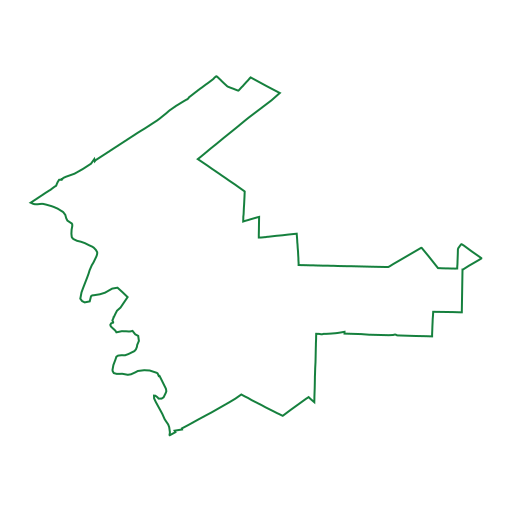 the district of Branesti, Ilfov, Romania
{"feature_id": "2599482B5534804098776", "entity_name": "Branesti", "entity_type": "district", "adm_level": 2, "iso_a3": "ROU", "parent_name": "Romania", "parent_adm1": "Ilfov", "projection": "natural_earth1", "projection_center": [26.368, 44.46], "detail": "fine", "context": "isolated", "style": "outline", "palette": "green", "viewbox_px": 512, "rotation_deg": 0, "n_neighbors": 0, "source": "geoboundaries", "source_scale": "gbopen_adm2", "svg_char_len": 5813}
<svg xmlns="http://www.w3.org/2000/svg" viewBox="0 0 512 512"><path d="M279.8,93.0L272.9,89.4L266.6,86.1L250.6,77.4L249.8,78.2L249.9,78.3L249.0,79.2L248.3,80.0L247.4,81.0L246.4,82.0L245.7,82.8L243.8,84.9L242.7,86.2L241.7,87.1L238.8,90.3L238.5,90.5L238.4,90.6L238.2,90.6L237.5,90.4L235.5,89.6L235.4,89.6L234.0,89.0L232.7,88.5L231.8,88.2L230.2,87.6L229.0,87.1L228.4,86.9L227.6,86.5L226.9,86.0L226.6,85.7L226.3,85.4L225.2,84.4L223.8,83.1L221.5,80.9L221.1,80.5L220.8,80.1L219.9,79.3L217.7,77.2L217.4,76.9L216.9,76.5L216.6,76.4L216.6,76.5L216.1,76.7L215.8,76.8L215.0,77.2L214.7,77.4L214.2,78.0L213.7,78.6L213.3,79.0L212.8,79.4L210.7,81.0L208.3,82.8L207.2,83.6L206.0,84.4L201.9,87.5L200.0,88.8L199.0,89.6L198.0,90.3L196.8,91.3L195.7,92.1L193.4,93.9L192.5,94.6L189.8,96.7L189.4,97.0L189.2,97.1L188.9,97.5L188.5,98.1L188.1,98.6L187.5,99.1L186.9,99.5L186.7,99.5L184.6,100.7L181.6,102.5L178.2,104.6L176.0,105.9L175.9,106.0L169.7,110.3L168.6,111.2L167.5,112.2L166.0,113.5L164.1,115.0L163.0,115.9L159.9,118.4L159.4,118.8L158.0,119.8L157.4,120.3L155.7,121.4L152.6,123.4L144.6,128.6L141.1,130.7L137.7,132.8L95.6,160.2L94.8,161.2L94.3,159.1L91.0,163.7L84.1,168.2L83.0,168.9L74.5,173.7L65.8,176.8L65.6,176.9L63.4,177.9L62.1,179.2L61.7,179.1L61.6,179.8L61.2,179.8L60.4,179.7L59.1,179.8L57.6,182.2L57.4,182.7L57.1,183.3L56.9,183.8L56.6,184.5L56.3,185.4L56.0,185.9L55.5,186.1L53.9,187.2L51.1,189.3L50.7,189.7L48.6,190.9L47.9,191.4L45.8,192.7L39.5,196.9L30.7,202.7L32.0,203.3L33.1,203.8L34.6,204.2L37.1,204.3L40.9,203.9L43.1,203.9L46.1,204.6L51.4,206.1L53.9,207.0L55.7,207.8L57.6,208.6L63.2,212.1L65.3,214.9L66.2,218.2L67.4,220.6L71.3,223.2L71.6,223.3L72.2,224.2L72.3,225.9L71.6,229.7L71.4,233.7L71.5,234.7L71.7,236.6L71.9,237.4L73.3,239.0L77.0,240.8L80.8,241.7L84.8,243.1L89.2,245.3L92.3,246.7L93.8,247.7L95.0,249.0L95.8,249.8L97.2,252.2L97.2,253.4L97.0,254.6L96.4,256.4L93.6,262.2L93.1,263.1L91.8,265.2L89.6,270.3L88.6,273.6L87.1,277.7L83.8,286.2L82.8,288.8L81.5,292.4L80.3,298.7L82.1,301.1L84.7,302.4L89.7,301.4L91.0,296.3L92.2,295.4L94.1,295.2L99.8,294.3L105.0,292.7L112.2,288.6L117.5,287.7L122.5,292.2L127.6,297.1L123.0,303.9L120.5,307.6L117.0,310.7L115.4,313.8L113.9,317.0L113.6,317.1L113.3,318.4L112.4,320.4L113.2,322.2L113.1,322.6L112.6,322.6L111.9,323.1L111.1,323.4L110.3,324.9L110.8,326.3L111.6,327.2L115.3,330.6L116.4,332.3L118.0,332.0L121.7,331.2L126.5,331.3L128.8,331.5L130.5,331.4L132.5,330.9L135.2,334.3L138.2,335.9L138.9,340.9L137.2,344.9L136.9,346.9L135.9,349.4L134.4,351.1L128.3,354.1L125.0,355.3L121.6,355.2L118.1,355.6L116.4,356.7L115.4,359.7L113.4,365.0L112.5,369.9L112.5,370.1L112.7,371.2L113.8,373.1L116.8,373.9L122.4,373.8L127.8,374.8L131.0,374.3L135.4,372.3L137.8,371.0L144.2,370.2L149.7,370.5L156.7,372.8L157.6,373.4L158.8,376.1L159.5,375.9L160.8,378.4L165.9,388.7L166.2,390.2L166.3,391.4L165.7,393.0L163.6,397.3L161.6,398.6L158.6,398.6L157.4,397.2L155.3,395.7L154.0,395.6L154.1,398.4L155.8,402.0L160.3,410.2L162.4,414.1L164.6,419.1L165.7,420.8L168.2,424.5L169.2,427.2L169.9,432.2L169.6,434.9L169.1,435.6L175.4,432.2L175.2,431.8L174.6,430.7L180.0,429.8L182.1,429.5L181.9,428.4L187.8,425.3L199.2,419.0L207.4,414.6L211.4,412.5L224.0,405.3L229.6,402.1L235.3,398.7L241.3,394.5L244.8,396.4L248.1,398.0L251.6,400.1L262.1,405.4L265.3,407.2L270.3,409.7L273.7,411.4L277.2,413.2L278.8,413.9L281.4,415.2L282.7,415.8L282.9,415.7L290.5,410.0L306.3,398.6L307.6,397.8L308.6,397.1L310.7,399.1L314.3,402.2L314.4,398.4L314.4,397.1L314.6,391.0L314.7,388.3L314.8,383.8L314.9,378.0L314.9,376.6L315.0,374.6L315.2,367.9L315.5,362.2L315.6,357.9L315.8,348.1L315.9,344.9L315.9,343.5L316.1,338.9L316.1,337.6L316.2,333.8L319.1,333.9L319.7,334.0L321.4,334.3L322.5,334.2L323.5,333.9L325.6,333.9L330.7,333.6L335.7,333.2L337.4,333.0L339.4,332.7L341.2,332.4L344.5,331.8L344.5,333.6L361.3,334.1L368.9,334.7L388.7,335.2L393.1,335.0L394.5,334.6L395.6,334.6L397.2,335.4L415.8,336.0L426.3,336.2L432.1,336.4L432.1,334.4L432.3,329.2L432.4,326.2L432.6,322.0L432.7,319.1L433.0,315.4L433.2,311.8L447.0,312.0L453.7,312.1L459.7,312.3L461.8,312.3L462.5,269.5L463.0,269.5L464.1,268.8L469.0,265.7L473.0,263.4L478.7,260.1L481.3,258.5L481.3,258.1L478.5,256.1L471.6,251.3L464.3,245.9L463.6,245.4L461.8,244.3L461.4,244.2L461.2,244.3L461.0,244.5L460.5,245.1L458.4,248.0L458.2,248.4L458.0,249.0L457.9,249.5L457.8,253.9L457.5,261.9L457.5,262.4L457.4,265.1L457.3,265.6L457.2,268.4L457.2,268.5L455.1,268.6L452.4,268.5L450.7,268.5L447.6,268.4L446.8,268.4L445.9,268.4L442.5,268.3L438.0,268.1L428.4,256.0L422.2,248.5L421.7,247.9L421.2,247.8L400.6,259.8L394.2,263.5L393.0,264.2L390.0,266.1L388.9,266.7L388.3,267.0L385.5,267.0L370.9,266.7L351.1,266.2L347.3,266.2L337.5,266.0L333.7,265.8L332.3,265.8L331.1,265.8L328.6,265.7L327.7,265.7L326.1,265.7L319.8,265.6L319.5,265.5L319.2,265.5L318.5,265.5L317.1,265.5L314.3,265.4L313.3,265.3L312.8,265.3L309.3,265.3L305.9,265.2L305.0,265.2L304.5,265.2L304.1,265.1L302.1,265.1L300.8,265.1L298.6,265.0L298.6,264.6L298.6,263.6L298.6,262.5L298.5,262.0L298.5,260.9L298.4,260.1L298.4,258.3L298.2,255.2L298.1,253.2L298.0,251.1L297.9,250.1L297.8,249.0L297.7,247.8L297.5,244.4L297.3,242.5L297.2,240.3L297.1,238.9L296.7,233.7L287.9,234.6L282.3,235.3L278.8,235.6L276.4,235.8L268.0,236.8L267.4,236.8L266.6,236.9L266.2,237.0L265.8,237.1L265.3,237.1L263.4,237.3L262.5,237.4L261.2,237.5L259.9,237.5L258.8,237.5L258.8,236.8L258.8,236.0L258.8,234.6L258.9,230.0L259.0,222.5L259.1,216.9L257.1,217.4L250.5,219.3L248.3,220.0L245.7,220.7L243.2,221.5L243.3,218.3L243.3,216.9L243.4,216.0L243.6,214.2L243.9,207.5L244.1,204.6L244.5,196.5L244.7,191.5L244.5,191.3L236.9,185.9L235.4,184.8L228.4,180.1L227.0,179.1L226.9,179.0L223.4,176.6L221.6,175.4L219.5,173.9L212.1,168.9L207.6,165.7L197.8,159.1L201.1,156.5L210.8,148.4L216.2,144.1L223.7,137.9L235.9,128.1L244.6,120.9L248.7,117.6L271.4,100.4L279.8,93.0Z" fill="none" stroke="#15803d" stroke-width="2"/></svg>